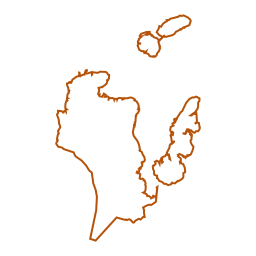 U, Pohnpei, Federated States of Micronesia (Natural Earth projection)
{"feature_id": "79324940B31691034545854", "entity_name": "U", "entity_type": "district", "adm_level": 2, "iso_a3": "FSM", "parent_name": "Federated States of Micronesia", "parent_adm1": "Pohnpei", "projection": "natural_earth1", "projection_center": [158.28, 6.951], "detail": "fine", "context": "isolated", "style": "outline", "palette": "amber", "viewbox_px": 256, "rotation_deg": 0, "n_neighbors": 0, "source": "geoboundaries", "source_scale": "gbopen_adm2", "svg_char_len": 5848}
<svg xmlns="http://www.w3.org/2000/svg" viewBox="0 0 256 256"><path d="M155.9,201.7L157.4,186.9L156.7,187.4L157.1,188.2L156.8,192.0L155.9,197.7L154.5,196.3L153.2,195.8L152.8,197.7L151.6,197.6L151.1,198.2L150.7,197.3L149.1,196.2L148.1,195.8L147.3,196.1L146.6,194.2L143.2,192.6L144.8,191.8L145.6,189.8L145.7,185.7L145.2,184.7L145.6,183.4L144.9,181.0L144.2,180.1L143.5,180.3L143.3,179.1L142.4,178.6L140.4,179.0L139.6,178.3L140.3,174.2L138.6,172.8L137.7,173.4L137.4,173.1L137.9,172.2L136.8,172.3L137.1,171.5L138.8,171.7L139.4,169.9L139.0,169.0L140.7,168.7L140.8,168.1L138.8,168.1L140.2,167.7L142.1,166.1L142.3,164.3L141.7,162.9L142.5,162.6L142.3,162.0L144.3,161.4L144.9,160.1L144.4,157.2L142.9,154.9L141.8,152.0L139.9,150.6L139.0,151.1L140.0,149.7L139.0,144.7L137.5,141.1L133.6,135.7L132.9,132.2L134.0,126.2L134.6,126.4L134.9,124.7L134.3,124.3L134.9,123.7L134.8,122.3L135.3,122.3L135.5,121.5L135.8,115.9L136.2,115.9L136.5,114.2L138.0,112.8L139.3,110.1L138.1,109.3L139.1,108.2L138.4,107.7L138.8,106.4L138.3,104.3L136.7,101.5L134.7,100.5L135.1,100.2L134.8,99.3L132.1,97.8L130.3,97.5L126.5,98.4L124.2,98.1L123.6,99.2L122.3,99.5L122.1,98.2L119.0,98.0L117.6,98.6L117.2,99.5L117.1,98.9L114.7,98.8L114.3,99.9L113.9,98.7L112.5,98.0L110.8,98.2L109.2,97.6L108.3,100.6L109.0,97.5L107.2,96.2L106.4,96.8L104.9,96.8L105.6,94.7L103.8,93.7L102.4,96.8L99.4,96.2L99.1,95.4L99.6,94.3L98.3,94.3L98.1,93.7L99.2,91.0L98.6,87.8L100.8,87.5L101.8,86.8L102.3,87.1L105.8,84.4L106.6,83.5L107.5,81.0L106.6,79.6L107.8,80.4L109.0,78.2L109.1,74.9L108.3,74.8L106.6,72.4L105.5,71.9L100.2,71.7L97.8,72.8L92.7,72.3L91.9,72.5L92.2,74.1L92.1,74.6L91.9,74.8L91.6,72.1L87.0,73.6L85.4,73.4L86.2,71.6L86.0,70.9L86.9,70.8L86.9,70.2L86.3,70.1L85.6,70.6L84.4,74.7L83.3,74.6L80.8,75.8L80.0,75.3L79.5,72.7L79.1,72.6L79.4,75.7L79.0,75.4L78.6,76.2L76.8,76.5L72.4,79.7L71.9,81.3L71.1,81.7L71.4,83.5L70.4,81.9L69.4,82.1L69.3,82.8L67.0,83.5L67.2,85.4L68.3,88.1L68.5,90.6L69.3,90.7L68.6,93.2L68.1,93.3L67.5,94.6L67.0,98.2L67.7,98.4L67.1,98.7L66.6,100.5L67.2,100.7L66.0,102.0L65.4,104.0L65.3,108.1L66.8,109.4L65.7,109.6L65.8,111.6L65.1,110.6L63.7,111.5L63.4,113.3L63.0,112.1L61.4,111.2L58.0,110.8L58.1,113.0L57.1,114.2L57.1,115.1L58.7,119.3L59.2,124.1L60.2,126.2L60.2,127.4L58.0,131.1L58.8,133.5L58.2,133.8L57.6,135.6L57.0,139.2L57.0,139.8L57.7,140.1L57.5,141.3L56.6,142.2L56.2,143.7L58.2,146.7L62.1,147.6L63.8,149.1L73.7,152.4L74.9,155.4L75.9,156.6L81.6,160.5L86.2,165.6L89.2,170.5L91.8,172.6L93.3,183.4L95.7,190.0L96.9,196.7L96.2,210.2L90.2,238.8L95.6,240.6L116.6,217.5L124.8,219.8L125.9,219.5L126.7,220.1L129.2,219.2L130.8,220.1L132.8,222.4L133.8,222.6L135.5,220.6L138.7,218.8L140.6,219.5L143.2,216.9L144.6,217.0L143.9,211.8L144.2,210.4L143.1,207.5L147.3,205.3L149.0,204.7L151.0,205.0L152.6,204.1L155.9,201.7ZM199.5,98.4L196.2,96.6L194.1,97.5L192.5,97.4L189.4,99.0L186.3,102.6L182.1,111.3L180.8,112.1L177.3,117.5L177.0,118.8L176.4,119.4L175.9,118.6L174.3,119.1L174.1,119.8L174.8,121.1L175.6,121.1L175.0,122.4L174.0,122.4L173.9,123.1L172.4,123.5L172.7,125.0L173.4,125.6L170.7,127.0L170.2,130.1L171.1,132.1L172.6,131.9L173.1,132.6L172.1,133.2L172.8,133.8L173.1,133.3L172.8,135.0L171.2,134.3L170.5,135.4L171.1,136.7L171.7,141.2L173.3,141.7L174.7,141.2L173.3,142.5L173.4,142.1L172.1,142.4L171.3,143.9L170.5,144.1L169.7,145.4L169.5,147.5L166.8,152.8L168.4,155.1L168.9,154.8L169.0,155.4L169.9,155.4L169.3,155.7L170.1,159.4L169.3,158.8L169.2,156.1L167.1,154.5L166.0,154.7L165.4,155.9L162.3,157.3L162.0,160.8L162.9,161.9L162.1,162.6L161.7,159.1L161.2,158.6L159.9,161.4L159.6,163.9L158.6,161.7L156.7,160.7L154.9,161.8L155.7,163.3L155.1,164.5L154.0,165.6L153.4,165.4L152.8,166.4L153.1,169.2L154.1,171.2L154.0,173.9L154.8,175.1L157.1,175.7L157.0,179.0L157.5,178.1L159.3,180.9L162.2,182.0L164.1,183.8L166.1,183.9L168.1,185.1L170.9,184.4L172.1,182.6L172.9,183.2L175.1,183.3L177.6,181.0L178.2,181.3L182.1,178.9L183.3,177.3L183.4,173.1L185.2,172.1L184.8,167.9L183.3,164.2L182.0,163.7L180.7,162.3L180.1,163.0L179.8,161.5L180.8,161.1L180.9,159.2L180.5,158.2L178.0,156.3L178.5,155.3L178.0,154.8L179.5,154.0L183.0,155.6L182.8,156.1L183.5,156.9L184.4,156.3L184.4,155.6L184.4,157.0L185.5,157.9L186.1,156.5L187.8,156.3L188.6,155.7L188.0,155.2L190.6,154.7L192.4,150.9L193.5,146.8L191.8,144.6L190.7,142.2L190.6,140.5L191.6,139.0L191.4,136.9L191.9,136.2L191.8,134.6L191.0,133.8L190.5,134.0L190.5,134.7L190.0,134.3L190.3,132.8L188.6,131.8L188.9,131.1L187.5,130.1L186.5,130.9L186.2,132.8L185.5,133.9L184.6,133.9L182.6,133.2L185.3,133.6L187.0,129.4L188.6,129.3L190.4,130.9L191.0,130.3L193.2,132.4L194.6,132.8L195.8,131.3L198.2,131.2L199.6,129.1L199.8,127.2L199.5,127.0L198.9,123.0L197.2,122.5L194.9,123.8L195.6,122.9L197.1,122.3L196.6,121.8L196.9,121.1L196.5,114.2L193.6,113.8L191.4,115.5L190.6,115.4L194.8,112.3L196.1,112.2L195.8,111.2L197.3,109.2L198.1,106.9L198.2,102.4L199.4,101.0L199.5,98.4ZM154.4,56.7L155.4,56.5L156.6,55.3L157.0,53.5L158.9,51.2L160.0,48.4L159.6,47.9L160.1,46.9L159.3,45.8L159.7,45.3L158.9,43.8L158.6,41.3L164.2,35.8L164.9,36.8L166.1,36.8L172.5,35.1L174.6,33.8L175.8,31.9L180.1,29.7L180.3,29.1L181.2,29.5L183.1,27.6L183.9,27.3L184.8,28.5L184.3,27.2L189.3,25.2L190.7,21.2L190.3,19.7L188.2,17.7L183.7,15.4L181.6,16.0L180.2,15.6L179.1,15.9L178.5,16.7L170.2,18.8L169.2,19.9L166.9,20.1L167.3,20.8L166.9,21.3L165.3,21.9L162.9,23.9L161.0,26.8L159.4,26.1L158.7,28.5L156.7,32.2L159.3,35.2L162.9,36.8L158.5,41.0L158.5,39.8L156.9,38.2L153.7,37.2L152.5,35.6L151.6,34.8L151.3,35.3L150.7,34.4L148.9,34.0L147.3,34.9L145.7,34.7L147.1,33.8L149.1,33.6L149.8,32.9L149.7,31.9L146.5,32.0L141.2,33.8L139.7,35.9L140.1,36.6L141.7,36.4L138.8,39.0L139.0,39.8L137.9,41.4L138.0,43.1L139.8,43.2L141.0,43.7L138.2,43.6L138.3,44.5L137.6,45.5L139.3,49.8L141.6,51.2L143.6,51.1L144.2,52.7L146.1,51.4L145.3,53.1L147.4,53.5L148.7,54.4L149.6,56.1L152.5,56.7L153.5,56.1L154.4,56.3L154.4,56.7Z" fill="none" stroke="#b45309" stroke-width="2"/></svg>